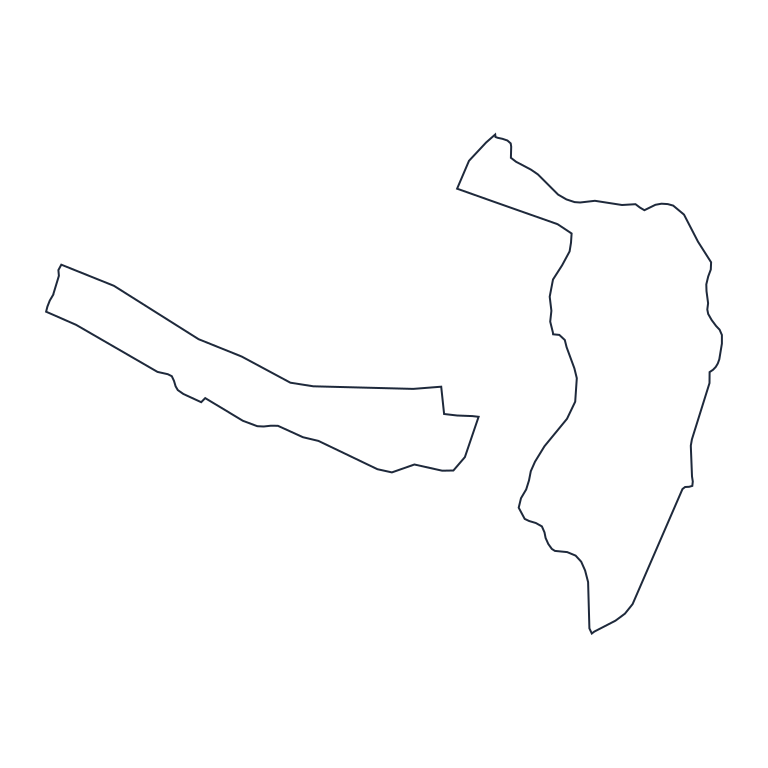 an SVG outline of Sarangani
{"feature_id": "PHL-2598", "entity_name": "Sarangani", "entity_type": "Province", "adm_level": 1, "iso_a3": "PHL", "parent_name": "Philippines", "parent_adm1": "", "projection": "mercator", "projection_center": [125.149, 6.009], "detail": "fine", "context": "isolated", "style": "outline", "palette": "slate", "viewbox_px": 768, "rotation_deg": 0, "n_neighbors": 0, "source": "natural_earth", "source_scale": "10m", "svg_char_len": 1895}
<svg xmlns="http://www.w3.org/2000/svg" viewBox="0 0 768 768"><path d="M591.8,633.5L589.4,628.4L588.1,582.1L585.1,570.5L581.2,561.7L575.6,555.6L567.2,552.1L554.9,550.9L551.8,548.9L548.3,544.0L545.6,538.0L544.5,532.4L541.9,526.4L535.8,523.0L529.1,521.0L524.7,518.9L518.7,507.7L521.0,498.2L526.2,489.4L529.0,480.4L530.8,471.2L535.0,461.7L544.5,446.2L567.0,418.8L575.2,401.7L576.8,378.2L574.4,368.4L566.6,347.2L564.8,340.0L559.3,334.9L553.1,334.3L552.9,332.5L550.2,321.6L551.4,310.8L549.7,296.7L553.0,279.5L562.1,265.3L569.6,251.4L571.0,242.7L571.6,233.5L557.6,224.2L493.2,201.5L457.1,188.7L469.0,160.8L486.1,142.5L495.2,134.5L495.5,137.0L497.7,137.8L502.4,138.8L507.4,140.5L510.7,143.4L511.2,146.7L510.9,157.8L516.1,161.8L530.9,169.6L537.9,174.4L558.1,194.6L566.4,199.4L574.6,202.1L580.1,202.5L594.9,200.8L622.0,205.0L635.5,204.2L640.0,207.6L644.4,210.2L655.4,204.8L661.5,203.7L667.8,204.1L673.2,205.6L684.0,214.6L698.0,241.7L711.1,262.3L710.8,269.5L708.2,276.5L706.3,284.4L706.5,291.1L708.1,303.2L707.3,309.5L708.2,314.0L711.7,320.1L716.1,326.0L719.6,329.7L721.9,335.0L721.9,343.6L719.3,359.3L717.8,363.5L715.7,367.0L713.0,369.8L709.6,372.1L709.5,383.1L691.9,439.4L690.8,445.7L692.0,476.4L692.8,481.6L692.3,485.9L689.1,486.8L685.1,487.0L682.5,489.0L632.6,604.1L624.9,613.7L624.2,614.2L615.3,620.8L615.2,620.8L594.3,631.6L591.8,633.5ZM478.6,416.8L464.9,457.1L453.4,470.5L442.2,470.7L414.4,464.5L391.9,472.4L377.4,469.2L318.4,440.9L302.9,437.2L277.9,425.8L271.0,425.7L263.7,426.5L257.3,426.2L242.9,420.8L205.2,398.1L201.2,402.2L183.4,394.0L177.8,390.1L175.6,386.3L174.0,380.9L171.8,376.2L167.8,374.2L157.5,371.9L76.2,324.9L46.1,311.7L47.4,306.6L49.8,300.5L53.4,294.4L53.4,293.9L58.9,275.8L58.4,270.1L61.3,264.7L113.9,285.8L198.6,339.2L241.8,356.6L290.4,382.7L313.3,386.3L413.2,388.9L441.2,386.7L444.1,414.0L457.1,415.5L472.4,416.1L478.6,416.8Z" fill="none" stroke="#1e293b" stroke-width="2"/></svg>